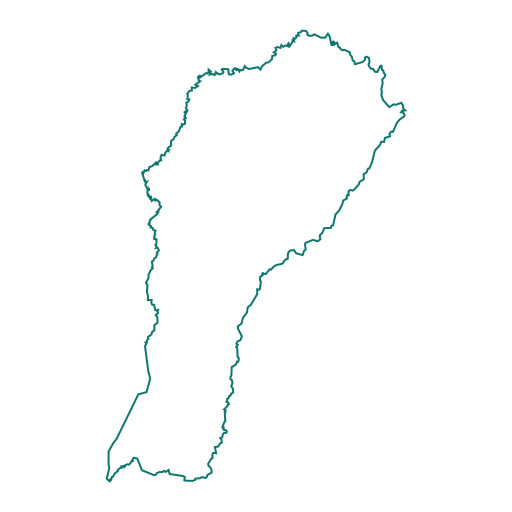 Sanga, Niassa, Mozambique
{"feature_id": "85939544B99370318353636", "entity_name": "Sanga", "entity_type": "district", "adm_level": 2, "iso_a3": "MOZ", "parent_name": "Mozambique", "parent_adm1": "Niassa", "projection": "robinson", "projection_center": [35.467, -12.288], "detail": "fine", "context": "isolated", "style": "outline", "palette": "teal", "viewbox_px": 512, "rotation_deg": 0, "n_neighbors": 0, "source": "geoboundaries", "source_scale": "gbopen_adm2", "svg_char_len": 5979}
<svg xmlns="http://www.w3.org/2000/svg" viewBox="0 0 512 512"><path d="M207.4,475.0L211.6,472.7L211.6,470.4L210.5,467.6L208.4,465.6L208.2,463.7L211.5,458.4L212.4,458.3L212.4,454.4L213.2,452.9L216.1,453.2L214.9,447.0L218.1,446.6L220.3,443.1L221.7,442.8L221.6,440.0L220.2,438.1L222.3,437.2L222.8,434.3L224.1,432.9L226.2,432.8L226.9,431.8L226.1,430.3L223.7,429.9L223.7,427.7L222.6,427.9L222.4,427.1L224.6,421.5L225.4,421.1L224.8,415.3L225.3,412.8L224.7,412.2L225.7,410.7L224.0,409.5L227.4,406.1L227.9,404.4L229.0,404.0L227.9,402.2L226.5,401.9L227.3,398.7L228.5,398.3L229.1,396.1L230.4,395.7L231.2,393.7L233.1,392.6L233.1,389.1L231.3,386.3L232.5,382.9L231.8,380.0L230.5,379.3L230.5,376.8L231.4,375.6L231.7,367.0L235.8,364.7L237.0,361.7L237.8,362.0L238.6,360.7L238.8,358.1L237.6,357.0L237.2,347.7L236.2,346.8L237.8,344.8L236.4,343.7L237.6,341.4L240.3,340.2L241.9,336.4L238.1,328.9L237.8,326.3L241.5,323.6L242.9,317.9L247.0,312.5L247.7,307.4L250.8,304.9L257.2,294.2L257.2,289.3L259.1,289.7L260.0,288.7L260.9,281.5L260.0,280.5L260.1,276.9L262.7,275.2L262.1,274.2L262.7,273.1L265.6,274.2L269.7,269.2L271.1,269.6L273.7,266.6L276.5,265.0L282.5,263.7L285.0,259.9L287.8,258.7L287.8,254.8L288.6,251.9L290.3,250.5L294.0,250.1L296.2,253.3L302.6,255.1L304.0,251.0L305.7,249.5L305.0,244.2L305.6,242.8L313.1,239.9L317.7,241.3L320.4,239.2L319.7,235.6L322.6,232.4L324.2,228.2L331.0,227.8L331.5,225.7L333.1,225.2L335.5,214.5L339.2,210.4L342.3,204.3L343.2,200.5L346.9,198.5L346.7,195.9L347.5,194.7L348.6,195.2L348.6,191.3L350.5,189.9L352.7,190.6L354.2,189.5L358.7,184.6L359.6,181.8L363.8,179.2L363.6,174.3L366.6,172.3L368.0,168.7L369.4,168.3L371.9,162.5L374.9,150.6L380.0,144.9L381.3,141.7L384.1,141.9L384.9,137.9L390.0,136.3L389.5,133.7L391.2,131.6L392.9,131.9L397.0,122.7L399.8,119.4L404.1,116.4L404.6,115.0L403.0,112.4L401.1,112.3L402.2,110.7L405.2,110.4L403.4,108.8L402.8,105.1L401.3,102.8L395.8,104.8L393.7,104.3L389.3,107.2L383.2,100.2L381.4,95.4L381.9,91.8L381.2,89.4L382.6,83.8L382.3,79.5L385.0,76.4L385.3,74.9L383.7,72.7L383.3,70.5L382.1,70.0L381.4,65.7L380.4,65.9L377.4,71.9L375.0,71.8L373.3,69.0L370.8,68.6L369.4,66.7L368.5,64.6L369.5,62.5L369.0,58.0L366.6,56.7L365.1,57.4L365.0,59.8L362.7,62.0L355.0,64.2L354.2,61.3L352.7,60.3L351.8,56.5L350.3,55.1L349.7,52.2L344.4,49.8L342.4,50.3L340.3,48.8L339.7,47.4L338.5,47.0L337.1,42.7L334.9,44.0L334.1,41.9L333.2,41.5L332.4,42.3L333.2,45.1L331.4,44.9L329.7,36.5L327.9,33.7L325.2,37.7L320.9,37.6L314.2,34.3L312.7,35.5L309.7,35.9L307.3,34.7L307.5,32.7L305.9,30.9L301.7,30.7L300.9,32.1L298.1,33.0L297.8,34.2L298.8,35.5L296.3,35.8L296.4,37.4L295.1,38.7L293.7,38.2L294.2,41.2L292.5,40.3L292.4,42.1L289.9,45.8L288.5,43.2L287.8,44.2L288.5,46.5L285.5,45.4L283.3,46.8L281.4,45.0L280.5,47.9L277.8,47.1L275.5,47.8L276.3,50.4L273.8,52.4L276.0,53.7L275.4,55.3L272.3,55.8L272.0,59.0L268.7,62.3L266.1,62.8L262.0,66.3L260.4,69.6L258.0,67.1L249.3,69.0L246.1,67.7L244.8,66.1L243.1,69.7L241.5,70.4L239.9,69.8L239.3,71.3L237.9,69.2L236.3,68.7L236.9,70.1L236.3,70.2L235.0,68.3L234.3,68.5L232.4,70.8L234.0,73.3L231.3,74.6L228.9,74.3L228.2,69.2L222.7,68.9L221.7,69.5L223.5,72.1L222.6,73.4L219.3,74.4L216.9,73.0L216.3,73.5L215.8,72.3L214.5,75.1L211.9,74.0L209.7,74.6L210.9,71.6L208.6,69.6L208.6,72.2L207.5,73.4L206.2,73.1L199.7,77.7L199.2,77.0L199.8,75.8L199.3,75.7L197.9,77.3L198.7,80.3L200.2,81.2L195.3,84.7L197.9,86.1L195.2,87.9L191.7,87.5L191.9,90.5L189.3,91.0L187.2,93.9L187.8,95.1L187.3,99.1L189.3,99.4L188.4,101.6L186.3,102.7L186.8,105.6L185.8,107.9L187.3,110.3L184.5,112.2L185.1,113.0L186.3,112.6L184.6,115.9L185.6,117.7L184.6,117.6L184.9,118.9L184.0,119.6L185.0,120.5L185.1,123.6L183.7,124.5L181.9,124.1L181.9,126.6L180.6,126.6L178.8,131.3L176.1,133.8L176.8,135.1L174.5,136.9L173.6,139.2L171.1,140.9L171.0,145.7L168.2,147.6L167.6,149.2L168.5,149.7L167.7,149.9L168.2,151.0L167.4,150.7L165.5,152.4L164.5,155.5L161.6,154.8L160.5,157.2L161.1,160.4L160.1,160.2L158.0,162.3L157.7,164.1L155.9,162.4L154.9,163.6L155.6,164.4L154.1,164.3L151.9,166.3L149.4,167.0L148.4,170.4L147.0,170.0L146.0,171.1L144.6,170.3L143.4,173.2L142.5,172.2L142.1,172.8L144.7,181.1L145.3,180.6L145.9,182.5L146.7,182.1L145.3,184.4L145.9,186.3L146.9,187.8L147.6,187.6L147.5,189.3L149.0,189.0L148.9,190.0L147.7,190.3L147.3,192.8L148.6,194.9L147.8,195.2L149.0,196.9L149.7,196.6L149.9,197.9L151.0,197.0L151.3,197.9L150.4,198.5L151.8,201.0L154.4,198.9L155.3,200.5L156.2,199.5L159.5,202.0L159.5,205.1L161.2,206.8L158.5,209.9L158.7,210.6L157.2,211.6L157.9,212.1L157.1,212.5L157.7,212.8L157.2,214.1L150.1,219.7L150.5,220.2L148.6,223.8L149.5,224.1L149.0,224.7L149.6,225.5L151.0,226.1L150.7,227.5L152.7,228.0L153.3,229.9L155.5,230.6L154.7,232.8L155.3,234.5L154.6,234.9L154.1,237.6L154.8,238.2L154.4,239.0L156.6,239.4L156.3,244.4L155.4,245.0L156.6,247.2L156.1,247.9L157.5,247.6L158.9,250.3L156.8,252.8L157.5,254.2L156.5,255.1L156.2,257.3L154.3,258.6L153.0,261.2L151.8,261.6L152.7,266.2L151.9,267.3L152.7,268.3L150.7,270.2L148.5,274.9L148.5,278.0L145.9,283.0L147.5,284.9L146.9,291.6L148.1,296.8L147.8,300.0L151.7,300.1L151.3,302.7L152.2,304.7L154.1,304.8L155.2,310.0L156.9,310.7L158.7,309.1L157.6,311.2L158.0,312.9L155.7,315.1L157.3,317.1L157.5,322.7L154.4,325.1L154.4,330.4L152.3,331.6L151.4,334.5L148.0,337.0L148.4,339.0L147.2,339.8L146.8,342.1L145.6,342.4L146.6,343.3L145.0,346.0L148.2,370.7L150.2,378.6L146.5,392.1L138.3,394.4L116.7,438.7L113.3,443.0L108.6,451.5L108.5,463.0L109.2,468.1L106.8,478.7L109.5,481.3L110.3,480.6L110.4,479.4L111.2,479.7L111.8,477.1L113.0,476.7L114.9,473.2L117.7,471.3L117.5,470.4L120.5,467.7L121.5,467.8L121.4,466.3L123.2,466.8L122.9,466.2L123.7,465.8L124.8,466.5L125.2,465.3L127.2,464.3L129.2,464.6L131.4,461.6L132.9,461.0L132.2,460.1L133.8,457.8L137.3,458.6L141.9,470.2L153.9,475.1L155.8,474.8L156.8,473.1L159.6,472.0L162.2,472.1L163.9,470.9L165.5,471.9L168.6,470.0L169.6,474.0L182.9,476.0L184.7,476.9L184.4,480.4L187.8,480.8L193.0,480.8L195.0,479.9L195.4,478.6L199.6,478.3L202.3,477.1L205.6,478.0L206.7,477.1L207.4,475.0Z" fill="none" stroke="#0f766e" stroke-width="2"/></svg>